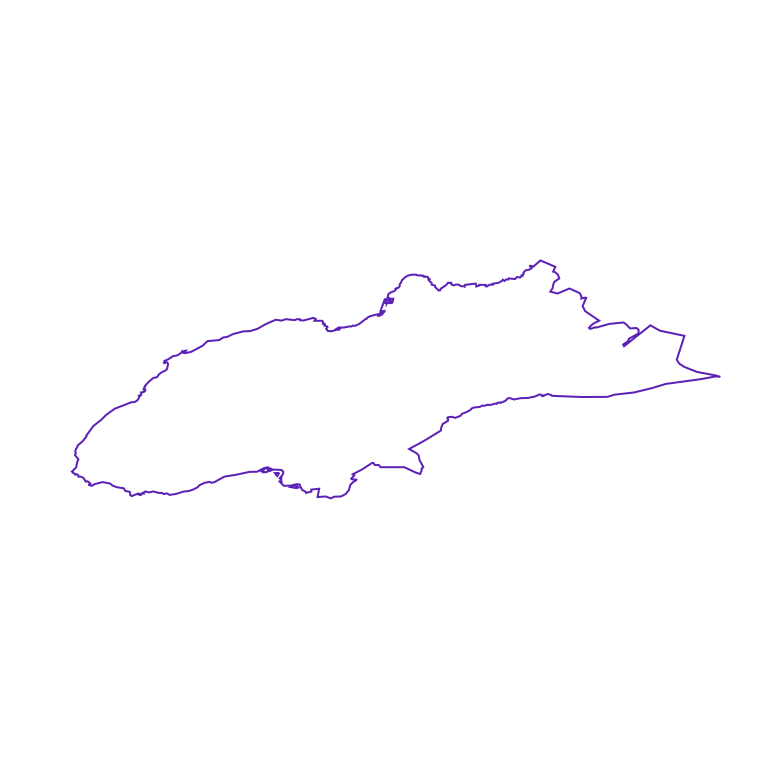 Trondheim nor, Sør-Trøndelag, Norway, rotated 343°
{"feature_id": "86288312B46091891234397", "entity_name": "Trondheim nor", "entity_type": "district", "adm_level": 2, "iso_a3": "NOR", "parent_name": "Norway", "parent_adm1": "Sør-Trøndelag", "projection": "natural_earth1", "projection_center": [10.447, 63.38], "detail": "fine", "context": "isolated", "style": "outline", "palette": "violet", "viewbox_px": 768, "rotation_deg": 343, "n_neighbors": 0, "source": "geoboundaries", "source_scale": "gbopen_adm2", "svg_char_len": 6132}
<svg xmlns="http://www.w3.org/2000/svg" viewBox="0 0 768 768"><g transform="rotate(343 384 384)"><path d="M707.8,475.5L703.5,472.7L686.9,464.0L676.1,455.4L672.2,450.7L671.1,446.3L685.4,425.8L663.4,413.7L655.9,405.8L624.6,418.1L624.3,416.1L628.8,414.8L630.9,413.7L631.2,412.4L642.2,410.0L643.3,406.9L642.9,405.9L641.8,404.3L635.6,402.8L632.8,397.4L631.1,395.2L617.0,392.4L603.3,392.1L602.9,391.5L597.5,391.6L596.6,390.9L596.5,390.2L598.9,388.7L602.4,387.3L608.3,386.4L597.7,373.2L596.7,367.6L602.5,360.7L601.6,360.2L597.7,360.0L598.3,358.1L597.8,354.4L589.3,346.9L576.4,348.2L570.1,344.3L573.3,341.6L574.9,338.4L576.9,336.0L582.5,334.3L582.2,330.1L580.3,327.1L578.6,326.0L582.1,322.0L569.7,311.6L561.1,315.4L558.8,313.8L557.3,313.7L560.1,315.4L558.9,316.4L556.6,317.1L553.4,316.7L551.5,317.2L549.7,318.6L549.9,319.2L549.3,320.1L549.6,320.2L547.6,320.3L548.0,321.0L545.4,321.9L542.3,320.6L540.0,321.9L534.1,319.5L533.4,320.4L531.5,319.7L529.5,320.7L528.1,319.0L527.5,319.7L523.1,320.7L517.2,319.9L516.7,320.0L516.9,320.7L513.8,319.9L510.9,320.8L509.8,320.3L510.3,319.0L504.1,317.0L504.0,317.6L500.8,317.8L501.1,314.8L490.5,312.9L489.9,313.2L489.6,314.4L489.0,313.8L487.2,313.5L485.1,311.9L484.7,311.3L485.3,310.5L484.7,311.0L481.9,309.9L479.4,310.1L477.6,308.6L478.0,307.5L477.5,307.1L478.4,306.7L476.4,306.6L474.9,305.9L472.1,307.7L466.0,309.5L465.1,310.8L463.6,310.6L461.3,306.3L461.5,304.7L458.6,302.9L459.1,301.2L457.1,298.1L457.2,297.5L458.2,297.1L457.0,295.9L457.3,294.9L456.5,294.0L453.7,293.3L453.3,292.7L453.7,292.5L452.5,291.4L451.1,291.4L450.6,290.7L447.8,290.0L446.7,288.8L442.3,287.5L438.0,287.4L435.9,287.9L431.5,290.0L429.8,292.2L428.1,293.3L427.6,295.1L425.9,296.2L424.1,296.0L423.1,296.3L423.5,296.8L422.5,297.5L420.8,298.2L417.0,298.4L414.5,299.3L412.7,302.2L413.4,302.8L412.7,302.8L413.2,302.8L413.1,303.7L413.6,304.3L417.8,305.2L416.2,308.1L415.1,308.9L413.5,308.4L414.6,307.3L414.8,306.4L413.2,306.3L413.5,305.2L413.1,305.2L412.2,307.8L410.9,307.4L409.7,308.5L410.6,307.4L410.0,308.0L410.2,307.3L409.2,307.0L410.9,304.9L410.6,304.8L410.9,303.5L409.4,303.3L402.1,313.1L403.3,313.9L406.8,314.3L403.5,314.5L402.1,313.7L401.2,314.7L403.8,315.8L403.0,316.1L403.9,316.9L401.1,315.4L400.3,316.8L401.0,317.2L399.9,317.4L398.4,317.1L399.4,315.9L398.1,315.4L390.8,315.1L387.7,315.6L386.4,316.6L385.6,316.4L378.0,319.3L373.4,319.9L371.1,319.0L369.8,319.5L367.8,318.8L362.2,318.3L357.3,316.7L355.0,317.3L357.7,318.5L357.0,318.9L354.4,318.3L349.1,318.2L345.7,316.8L344.9,314.2L346.6,313.2L346.6,312.5L344.0,310.7L344.4,309.6L344.9,309.5L344.8,308.9L343.1,308.4L343.8,306.7L343.6,305.6L336.1,303.2L337.7,301.9L335.7,300.1L325.5,299.7L322.6,298.6L322.8,297.9L322.1,297.2L321.0,297.2L320.2,296.6L317.1,296.8L309.1,293.3L304.5,293.4L299.3,290.9L288.1,292.2L279.4,294.2L271.4,294.3L264.6,292.5L254.4,292.1L247.9,293.1L243.7,292.5L239.3,293.8L227.7,291.4L221.7,294.4L208.8,296.9L202.6,296.3L201.6,295.7L203.1,295.3L204.3,294.2L203.4,294.1L203.6,294.5L202.8,295.2L201.9,294.6L201.1,295.0L200.2,294.7L200.8,294.1L200.6,293.7L199.7,294.7L194.9,296.2L190.2,295.7L184.9,297.3L180.8,297.7L179.7,299.5L180.2,299.9L182.0,299.5L183.0,300.0L183.4,301.7L181.1,305.9L179.5,307.1L175.7,307.6L171.9,308.8L168.7,311.2L165.3,310.7L159.6,313.1L154.8,316.0L155.1,316.3L153.3,317.9L153.0,318.2L153.5,318.5L152.7,319.1L154.0,320.0L153.6,320.7L152.5,321.3L149.4,321.1L149.8,321.8L148.4,323.1L146.9,323.5L147.7,323.9L146.1,324.8L144.3,326.9L142.3,327.9L140.1,328.3L137.1,327.6L119.3,328.9L109.3,332.3L103.3,335.5L93.8,339.2L84.1,346.4L84.1,347.2L78.9,350.7L72.9,353.3L72.3,354.6L70.4,356.1L69.1,358.0L69.1,360.0L67.7,361.6L69.7,366.7L67.4,369.6L65.3,373.7L60.2,376.4L60.8,376.8L60.3,377.7L62.5,379.8L62.3,380.4L64.0,380.6L64.9,381.8L64.6,383.3L66.7,383.8L69.1,385.9L70.3,390.2L72.0,390.3L73.1,391.5L74.0,393.5L72.6,393.8L72.4,394.4L74.9,396.0L77.9,395.2L86.1,395.5L92.3,398.7L93.9,400.3L94.5,401.6L98.0,404.4L104.7,407.7L105.3,410.6L109.3,412.8L109.3,414.4L108.8,415.9L110.0,417.5L116.8,416.8L117.5,417.4L117.0,417.9L118.6,419.1L119.1,419.0L119.3,417.9L120.7,418.2L120.4,417.9L121.7,417.5L123.0,417.9L122.7,418.7L123.3,417.3L124.4,417.0L127.9,419.1L132.0,419.3L136.3,422.1L140.0,423.4L140.9,424.7L144.5,425.2L146.6,427.4L152.7,428.3L161.1,428.3L166.1,429.3L169.9,429.2L175.5,428.3L178.1,426.8L183.6,426.0L188.6,426.6L190.1,428.0L192.9,428.3L204.2,425.9L216.4,427.6L229.6,428.7L237.1,430.8L244.2,429.4L248.2,429.6L249.0,430.0L248.7,430.7L250.3,431.5L249.3,432.2L250.7,432.0L251.6,432.3L251.5,432.7L247.8,432.7L248.4,431.6L246.7,430.1L243.5,430.3L240.3,431.5L242.4,431.8L243.9,432.6L243.3,432.6L243.6,432.9L244.8,433.0L243.7,433.4L245.2,433.8L253.6,433.6L260.8,436.2L261.9,438.3L261.5,440.1L259.2,442.2L258.1,444.5L257.1,443.9L258.2,443.3L258.9,442.1L256.8,443.6L257.8,444.7L257.8,445.4L256.8,445.9L257.4,447.3L255.8,447.0L258.4,452.0L265.0,453.9L271.1,454.2L274.1,455.6L273.8,456.5L274.9,461.5L277.8,464.3L277.6,465.3L283.0,465.7L283.5,463.7L291.4,465.2L287.4,472.7L295.4,474.5L299.6,477.8L303.5,477.2L309.9,479.0L315.2,478.0L319.3,475.3L322.4,470.5L326.5,468.5L328.9,468.1L329.5,467.4L325.4,465.7L325.0,464.9L328.9,462.7L327.7,461.2L337.6,459.4L349.6,456.0L351.0,456.6L351.3,458.6L351.9,459.0L355.3,459.9L356.4,462.6L379.1,469.5L388.6,478.1L392.3,480.6L395.1,477.2L395.1,476.1L397.3,475.0L395.7,466.8L396.3,462.7L395.2,460.1L389.0,453.5L406.5,449.9L424.9,445.1L425.7,442.9L428.4,439.4L434.5,437.9L435.0,436.6L434.5,435.2L435.4,434.5L439.3,435.2L442.2,437.2L447.7,436.8L450.0,435.3L455.0,434.9L459.3,434.0L460.6,433.0L463.2,432.8L468.8,433.9L471.9,433.4L473.6,434.2L476.9,434.1L479.3,435.1L484.8,435.3L486.0,436.0L486.8,435.2L489.8,435.6L490.0,436.1L495.0,435.6L498.4,433.9L500.1,434.2L503.8,436.8L510.4,437.5L518.1,439.5L524.3,440.1L529.6,439.5L530.8,439.9L531.2,441.0L532.4,441.3L531.9,441.8L532.2,442.1L537.7,441.4L540.9,443.6L541.1,444.4L569.4,454.3L593.8,461.6L601.3,461.6L620.6,465.2L639.4,466.3L653.4,466.3L688.5,472.0L703.3,473.7L707.8,475.5ZM271.8,458.0L271.2,456.6L268.4,454.8L266.4,454.5L264.2,455.1L269.5,457.9L271.8,458.0ZM254.9,440.9L257.4,438.8L257.1,438.2L253.6,437.3L254.9,440.9Z" fill="none" stroke="#5b21b6" stroke-width="2"/></g></svg>